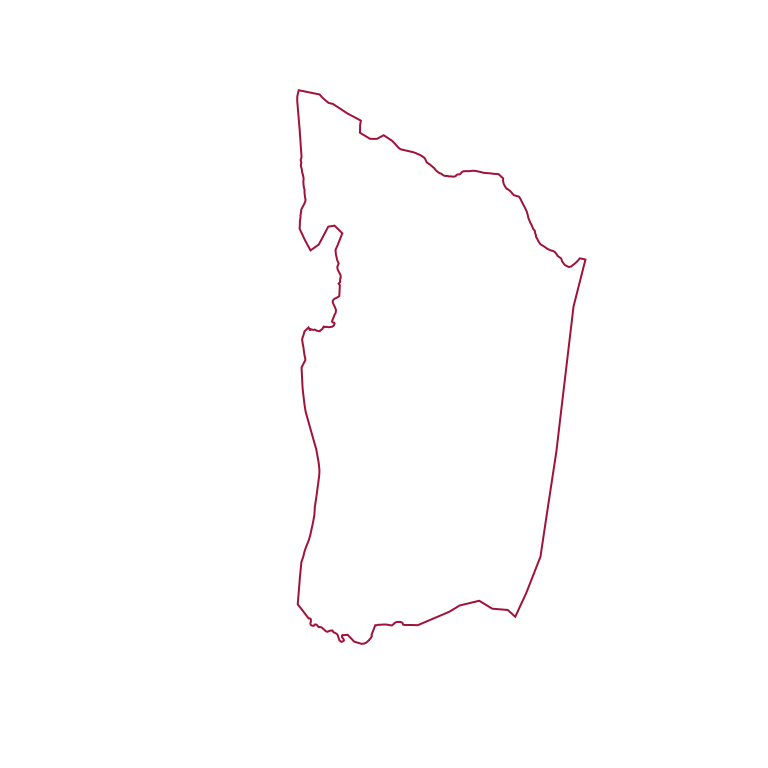 outline of Effutu Municipal, Central, Ghana, rotated 307°
{"feature_id": "2480657B83789922051105", "entity_name": "Effutu Municipal", "entity_type": "district", "adm_level": 2, "iso_a3": "GHA", "parent_name": "Ghana", "parent_adm1": "Central", "projection": "robinson", "projection_center": [-0.61, 5.385], "detail": "fine", "context": "isolated", "style": "outline", "palette": "rose", "viewbox_px": 768, "rotation_deg": 307, "n_neighbors": 0, "source": "geoboundaries", "source_scale": "gbopen_adm2", "svg_char_len": 6166}
<svg xmlns="http://www.w3.org/2000/svg" viewBox="0 0 768 768"><g transform="rotate(307 384 384)"><path d="M583.1,244.1L582.5,234.1L575.5,230.8L571.4,225.3L570.2,213.6L574.8,210.3L576.1,209.3L580.4,207.0L578.2,193.1L578.1,192.6L577.8,187.9L577.5,182.7L577.1,177.6L576.9,174.5L575.1,170.6L575.5,163.6L576.0,160.6L576.5,158.4L567.3,139.1L566.7,139.3L565.0,140.1L564.0,140.5L561.3,141.8L559.8,142.9L557.9,144.3L536.2,163.7L515.6,181.6L514.5,182.0L513.0,182.5L512.5,182.9L511.5,184.1L511.1,184.7L508.6,186.0L507.7,186.9L506.6,188.3L506.2,188.9L505.2,190.0L503.7,191.3L503.0,192.4L501.6,194.1L500.8,195.0L499.5,196.3L498.1,197.2L496.9,197.9L495.8,198.9L494.2,200.3L492.7,201.8L491.5,203.4L490.8,204.1L489.9,204.6L488.6,205.7L487.0,207.2L485.4,208.8L484.2,210.2L483.1,210.9L482.7,211.2L479.9,211.9L474.4,212.8L473.7,212.9L472.4,213.7L469.1,215.5L468.2,215.9L466.7,217.2L465.6,217.6L464.6,218.3L463.7,218.7L462.6,219.4L461.1,220.6L459.4,221.7L457.2,223.2L456.7,224.1L451.5,234.0L449.1,239.1L446.5,244.9L456.1,248.0L476.1,244.8L480.7,249.2L479.3,260.0L466.7,263.5L466.3,263.6L464.9,263.9L462.1,264.5L461.4,265.0L459.8,266.5L458.8,267.3L457.8,268.5L456.9,269.6L455.6,271.1L454.9,271.9L454.1,273.3L453.2,274.7L452.8,275.4L452.2,275.5L450.4,275.9L449.5,276.2L449.1,276.6L448.3,277.2L447.3,278.6L446.5,280.2L446.0,281.4L445.6,282.1L445.0,283.5L444.1,284.4L442.9,285.5L441.9,285.5L438.7,287.7L436.9,287.3L436.3,289.3L434.1,290.8L427.3,295.4L424.0,294.2L422.9,293.4L421.3,293.0L419.7,293.0L419.2,293.3L418.5,293.9L417.8,294.8L416.2,297.9L414.8,300.2L414.3,301.0L413.6,301.5L412.3,302.3L411.4,302.6L410.9,302.7L410.5,302.8L410.0,302.8L409.6,302.8L409.2,302.9L408.4,303.2L404.0,304.4L402.7,304.8L402.3,305.7L402.9,307.4L402.6,308.1L401.1,308.6L400.7,308.7L399.9,308.6L398.5,308.1L397.0,306.6L396.6,306.1L396.0,305.6L395.2,303.8L393.7,302.5L393.8,302.0L393.7,301.4L392.5,301.4L392.2,301.4L391.0,301.7L388.5,300.9L387.5,300.9L386.7,299.7L385.9,297.3L385.8,296.0L385.3,295.6L384.7,295.0L384.1,293.7L383.7,292.5L382.9,292.7L382.5,292.3L383.7,289.7L378.3,288.8L373.7,290.6L372.5,290.8L372.0,291.1L370.5,291.7L369.5,292.5L367.9,294.2L366.2,296.0L364.7,297.7L362.8,299.5L359.6,302.7L358.3,304.2L356.9,305.8L355.7,306.8L347.6,308.2L332.6,320.7L329.0,324.0L319.8,332.8L314.7,338.1L302.5,354.1L290.9,369.4L281.6,379.4L279.9,381.0L276.8,383.9L273.9,386.0L271.3,387.7L253.2,397.9L243.9,402.9L241.0,404.9L237.5,407.2L233.6,409.2L229.5,411.2L219.3,415.9L215.2,417.5L212.0,418.5L207.0,419.8L201.7,421.6L197.4,423.5L194.8,424.3L192.1,425.2L178.8,433.3L169.1,439.5L156.1,447.7L154.6,453.5L151.4,464.9L151.9,465.3L152.1,465.7L152.2,466.1L152.2,466.8L152.0,467.2L151.0,468.1L150.5,468.4L149.8,468.8L149.2,469.0L148.7,469.2L148.2,469.6L147.8,470.1L147.5,470.6L147.6,471.4L147.8,472.2L148.4,473.1L149.1,473.6L150.1,473.4L150.8,474.1L151.1,474.8L151.2,475.2L151.0,476.1L150.7,477.2L150.5,477.9L150.6,478.4L151.0,478.6L151.4,479.2L151.9,480.2L152.1,480.8L152.0,481.6L151.9,482.6L151.9,483.2L151.7,484.9L151.6,485.8L151.6,486.5L151.9,487.7L152.2,488.0L152.6,488.2L153.2,488.6L153.7,488.8L154.3,489.2L154.7,489.5L155.2,490.3L155.6,490.6L156.0,490.8L156.0,491.2L155.8,492.0L155.5,492.6L155.3,493.2L155.4,493.6L155.7,494.1L155.8,494.8L155.8,495.1L155.9,495.9L156.0,496.4L155.9,497.4L155.7,497.8L155.0,499.0L154.8,499.3L154.3,500.0L154.0,500.4L153.5,501.1L153.3,501.4L153.1,501.7L152.5,502.5L152.4,504.1L152.4,505.0L152.6,505.3L153.3,505.7L153.7,506.1L154.2,506.2L154.9,506.4L155.3,506.2L156.0,504.9L156.1,504.5L156.3,503.5L156.6,502.9L156.7,502.6L157.1,502.3L157.7,502.0L158.5,501.9L159.0,502.7L159.3,503.2L159.9,503.7L160.2,504.1L160.5,504.4L161.0,505.0L161.4,505.4L161.8,505.9L160.3,515.3L163.1,522.7L163.6,523.1L163.9,523.5L164.4,523.9L165.0,524.5L165.5,524.8L166.1,525.1L166.6,525.4L167.3,525.6L167.8,525.7L168.5,525.8L168.9,525.9L169.5,526.0L170.4,526.3L171.0,526.1L171.8,526.2L172.5,526.3L173.1,526.3L173.9,526.2L174.5,526.2L175.0,526.2L175.5,525.9L175.7,525.5L176.2,525.0L186.1,522.2L186.3,522.8L186.6,523.1L187.0,523.4L187.4,523.6L187.9,524.0L188.3,524.4L188.8,525.0L189.1,525.5L189.4,525.9L190.0,526.5L190.4,527.0L191.1,527.7L191.4,528.1L191.6,528.5L192.4,529.4L192.7,529.7L193.3,530.7L193.7,531.4L194.0,532.0L194.3,532.5L194.5,532.9L195.1,534.2L195.4,534.7L195.9,535.6L196.9,535.8L197.5,536.0L197.9,536.2L198.8,536.2L199.5,536.3L200.5,536.7L201.1,537.1L201.8,537.7L202.2,538.1L202.8,538.9L203.7,540.1L203.9,540.6L204.1,541.0L204.4,542.3L203.3,544.2L203.7,545.0L204.1,545.7L207.2,549.8L211.8,556.2L241.4,573.2L247.5,575.7L252.5,577.6L268.2,590.5L269.7,605.7L278.0,618.8L277.1,628.9L302.7,623.4L340.2,612.9L382.6,589.9L433.8,562.3L468.9,541.8L560.0,488.7L604.6,470.0L602.5,465.2L602.2,464.8L601.2,464.7L598.8,464.6L597.1,464.3L594.8,463.9L592.5,463.2L590.7,462.8L588.7,461.3L588.3,459.4L587.9,456.9L588.2,455.5L588.6,454.1L589.3,452.1L590.4,450.8L590.9,449.6L590.8,447.2L590.8,445.7L591.3,444.4L591.8,443.1L591.9,442.3L592.2,441.1L592.1,439.8L591.9,438.6L591.2,437.3L590.8,435.8L590.3,433.1L590.1,428.1L589.8,425.7L590.0,424.1L590.7,421.9L591.8,419.7L592.1,419.1L593.2,416.6L594.2,415.9L595.4,414.0L597.1,412.3L597.6,409.9L598.9,407.7L600.0,405.8L600.9,403.6L602.2,401.6L603.4,399.5L605.2,397.4L607.3,394.7L608.8,392.1L609.9,389.8L611.5,386.4L613.1,383.2L614.1,381.3L614.4,380.4L614.8,379.0L614.3,377.6L613.8,376.3L613.0,374.3L613.3,372.0L613.9,369.7L614.1,367.3L614.0,364.9L613.7,364.4L614.7,361.5L616.0,359.0L617.9,356.8L619.9,355.4L620.5,349.4L620.4,348.8L619.1,346.8L618.3,345.9L617.5,344.4L617.2,344.1L616.8,343.1L612.8,336.8L611.9,334.6L610.8,332.2L609.1,328.5L608.5,327.8L607.7,326.5L605.0,323.7L604.0,322.4L603.4,321.4L601.9,319.6L600.9,319.0L600.1,318.7L598.0,318.6L597.1,318.3L596.7,318.0L596.1,317.1L595.2,316.4L594.4,316.1L593.0,316.1L591.8,315.1L591.0,314.3L590.5,313.0L589.3,311.6L588.7,310.6L588.5,309.7L587.8,308.7L587.4,308.3L586.7,306.9L586.4,305.9L586.4,303.4L586.2,302.5L585.9,302.0L585.7,299.2L585.9,296.6L586.6,294.3L586.9,288.7L586.7,285.5L586.8,284.5L588.3,281.9L589.0,279.9L588.7,275.4L588.4,274.4L588.4,273.9L587.8,272.0L587.7,271.0L587.3,269.6L586.7,267.8L581.5,256.1L581.4,254.8L581.4,253.3L582.4,248.5L583.1,244.1Z" fill="none" stroke="#9f1239" stroke-width="2"/></g></svg>